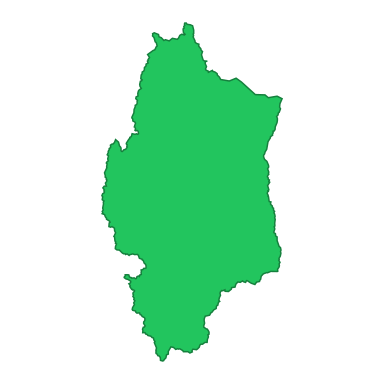 Calingasta, San Juan, Argentina (orthographic projection)
{"feature_id": "61730980B6490927359782", "entity_name": "Calingasta", "entity_type": "district", "adm_level": 2, "iso_a3": "ARG", "parent_name": "Argentina", "parent_adm1": "San Juan", "projection": "orthographic", "projection_center": [-70.115, -31.449], "detail": "fine", "context": "isolated", "style": "filled", "palette": "green", "viewbox_px": 384, "rotation_deg": 0, "n_neighbors": 0, "source": "geoboundaries", "source_scale": "gbopen_adm2", "svg_char_len": 6016}
<svg xmlns="http://www.w3.org/2000/svg" viewBox="0 0 384 384"><path d="M186.2,23.0L184.7,23.1L184.4,24.2L184.8,25.3L183.8,26.4L184.1,27.7L184.0,28.3L183.3,28.5L183.1,29.6L183.5,32.8L185.1,34.3L184.3,35.0L181.8,34.2L179.8,35.4L178.5,38.1L177.3,39.3L172.4,38.3L169.2,40.9L165.4,39.7L163.9,40.5L161.3,37.7L159.0,36.8L158.5,34.5L154.2,32.8L152.6,33.7L152.8,34.6L152.5,35.9L154.0,37.5L155.2,41.8L156.2,42.5L157.2,46.0L156.4,46.5L154.8,49.8L153.1,50.5L147.6,54.5L149.5,57.5L148.0,59.6L148.2,60.5L147.4,61.1L148.1,63.0L146.1,64.1L146.0,65.9L144.4,67.6L144.3,69.9L143.7,71.1L142.2,72.0L142.1,73.7L141.2,75.0L140.8,78.8L142.1,79.8L141.6,80.8L140.4,81.2L139.7,84.4L140.0,86.3L141.3,88.5L139.3,89.8L138.4,91.0L137.8,93.4L138.0,96.0L136.1,96.9L135.8,98.7L137.5,100.4L137.1,101.4L137.2,103.2L136.6,104.6L135.2,105.3L135.2,106.9L134.1,109.4L133.9,112.8L131.9,117.2L131.9,118.0L132.7,118.9L132.9,121.0L134.8,122.0L135.5,123.2L134.3,126.9L134.9,127.1L135.5,128.7L135.0,130.4L136.0,130.9L136.7,130.4L137.5,130.6L138.3,131.7L138.5,133.7L137.7,134.3L136.6,133.8L135.0,134.3L132.1,133.7L131.3,136.6L129.8,137.4L129.8,138.4L128.9,139.1L126.3,143.3L126.4,144.1L127.2,144.8L126.8,146.4L127.3,147.0L125.6,149.4L124.0,149.7L122.3,151.5L121.5,151.4L120.9,150.2L121.1,149.0L120.8,147.4L119.5,145.9L118.5,142.1L115.6,139.6L114.5,142.4L113.2,143.9L111.7,144.2L110.4,145.2L110.7,147.1L110.2,147.9L109.2,148.5L109.2,149.7L108.2,151.3L108.3,152.5L107.2,154.8L108.5,155.8L107.7,158.9L108.3,160.9L107.1,161.7L106.3,163.0L107.1,163.8L106.6,167.0L106.9,167.6L104.5,172.8L105.4,176.1L105.1,177.0L106.3,178.0L106.3,179.6L106.9,179.9L106.6,181.5L105.4,183.1L106.4,186.1L104.2,186.2L102.9,187.9L104.4,190.0L103.9,190.9L104.4,192.0L104.1,192.8L102.6,193.8L101.9,195.7L102.7,196.8L102.2,199.7L104.0,201.0L103.3,202.1L103.5,203.9L102.7,208.1L103.2,210.1L102.2,211.4L102.9,213.0L102.2,213.7L104.6,214.6L105.3,216.7L106.5,218.3L106.5,219.2L109.6,221.2L110.0,222.3L109.2,222.9L108.9,226.6L110.7,227.2L112.0,226.6L114.4,228.1L114.6,230.7L115.6,232.8L113.9,236.5L114.5,236.8L115.0,241.1L115.8,241.9L115.4,243.2L116.5,243.9L115.5,246.5L115.3,248.7L116.9,249.9L119.4,250.1L122.3,253.0L123.7,253.8L125.3,253.8L125.6,254.5L127.1,253.9L129.1,255.4L129.6,254.8L132.8,253.9L134.6,254.6L137.4,254.4L138.3,255.3L139.4,258.3L142.2,259.3L142.2,259.9L143.2,260.4L144.3,263.3L145.4,264.1L146.0,265.4L146.1,267.9L145.1,268.4L143.9,268.3L142.8,269.6L141.1,270.0L141.4,271.4L141.1,272.3L141.3,274.5L139.8,275.0L139.4,276.5L138.5,276.0L137.0,276.6L136.3,278.5L135.4,278.7L134.3,277.9L131.5,278.1L131.3,277.6L129.5,277.1L128.8,274.9L127.1,274.7L125.2,274.8L125.3,275.9L124.4,276.7L124.2,277.6L125.9,278.9L127.9,279.4L130.7,281.2L130.7,282.2L130.1,283.2L128.9,283.7L130.3,285.8L129.9,286.7L131.7,289.4L132.2,289.3L132.7,290.0L133.4,289.9L134.5,290.6L134.4,291.4L133.2,292.5L132.9,294.0L133.5,294.9L132.9,296.5L134.1,297.9L133.8,299.6L134.9,300.8L133.7,302.9L134.4,304.5L132.6,307.6L132.2,309.4L132.7,310.3L135.5,311.0L135.9,312.3L136.9,313.1L139.6,312.9L140.1,314.6L141.2,314.9L142.2,316.5L144.4,317.6L145.0,318.8L144.7,320.7L143.7,321.9L143.6,323.4L145.1,325.9L144.4,327.1L143.3,327.2L142.5,329.2L142.9,330.5L142.7,332.7L145.0,332.6L145.6,334.0L147.2,334.5L147.9,335.5L150.9,336.2L152.0,337.5L153.4,337.9L153.9,340.0L155.0,341.6L154.3,342.6L156.5,347.9L155.9,350.4L156.3,351.0L155.9,351.9L156.1,353.5L157.0,354.0L157.9,355.7L159.1,355.9L160.3,357.5L160.5,360.4L162.7,361.0L163.7,360.6L164.1,359.7L165.9,357.9L166.5,354.8L168.3,354.1L168.3,351.4L170.9,346.9L173.5,347.4L175.7,349.4L177.7,348.7L178.4,349.1L179.8,348.8L182.8,350.6L183.4,351.7L188.0,351.7L189.9,353.0L192.3,351.9L191.9,350.9L192.9,349.2L196.5,349.7L197.6,348.9L199.3,347.1L199.8,345.2L200.9,344.2L202.6,344.2L204.9,342.4L207.1,342.4L207.4,339.4L208.4,336.9L207.9,334.8L208.9,334.4L209.1,332.9L208.8,331.5L207.3,329.1L206.5,329.0L203.8,327.2L203.8,325.6L204.6,323.2L204.1,320.2L204.3,318.6L205.2,316.2L209.6,315.2L210.9,312.8L211.9,312.3L213.8,309.8L216.2,308.5L216.3,306.9L216.9,305.5L217.8,305.2L218.4,302.3L219.7,301.4L218.8,300.2L219.4,297.6L220.5,295.3L220.0,293.3L220.4,291.9L221.8,290.5L222.6,290.8L224.9,289.8L224.9,291.1L225.2,291.3L228.5,291.5L231.3,289.2L231.6,287.6L235.0,287.1L235.8,284.3L237.8,282.0L240.3,282.3L242.6,280.9L243.6,281.8L245.6,282.4L246.5,280.6L247.1,280.6L251.2,283.2L254.9,284.5L256.6,282.1L259.5,281.5L259.8,280.3L260.6,279.4L261.2,276.2L263.4,273.8L266.7,272.6L267.5,272.8L270.8,271.4L277.6,271.5L277.8,271.9L277.6,269.1L278.9,267.4L279.4,265.8L279.1,263.9L280.0,262.4L278.8,260.2L279.2,259.7L279.0,258.4L280.3,256.1L280.9,253.2L280.5,251.4L281.0,250.1L280.5,247.6L279.1,246.4L277.1,240.6L277.1,236.9L275.7,236.0L275.4,233.6L274.0,232.8L273.8,232.1L274.8,229.0L274.2,226.6L274.9,226.0L274.7,223.2L275.2,219.3L274.7,217.8L275.1,216.3L274.6,214.0L273.9,212.8L274.6,211.3L273.6,210.5L273.5,208.2L272.5,207.6L272.3,206.0L270.5,204.2L270.9,201.9L269.4,201.7L269.1,201.1L268.5,196.7L267.9,196.1L268.2,195.4L267.2,193.4L267.7,191.7L268.3,191.4L267.9,190.7L268.9,189.9L267.6,185.6L269.7,182.2L268.8,181.7L269.4,180.0L268.3,179.4L268.1,177.7L267.4,176.8L267.7,175.6L268.8,174.2L268.4,173.2L268.8,172.1L267.6,168.8L268.7,167.0L268.5,165.3L266.9,161.4L264.6,159.4L263.6,156.9L263.7,155.0L264.6,153.9L265.1,151.9L266.7,149.3L268.0,141.7L270.3,138.0L270.5,136.7L272.6,135.2L272.4,134.3L273.1,133.0L273.1,131.2L274.3,130.9L275.1,129.3L275.2,127.0L277.0,122.7L277.4,120.2L277.4,118.4L276.6,116.5L278.0,115.0L278.4,112.8L279.2,112.3L280.5,108.8L279.6,107.2L279.9,103.8L282.1,98.7L277.1,96.2L268.3,97.7L265.0,94.9L255.3,94.6L241.4,82.0L236.1,78.2L229.3,81.0L220.6,79.5L219.5,77.2L217.4,75.2L217.1,73.6L214.9,72.0L212.9,71.4L212.4,70.4L208.4,72.3L208.2,71.1L206.1,70.2L205.5,69.0L206.5,66.6L205.2,63.6L205.3,61.7L207.3,61.1L204.4,61.0L203.1,60.0L201.5,54.8L202.5,51.5L201.2,50.4L200.8,48.7L198.7,46.2L198.9,44.2L196.5,43.4L195.1,42.2L194.9,40.6L193.1,36.9L193.6,35.7L193.2,34.0L193.7,33.5L193.7,30.1L192.6,25.8L190.4,24.8L187.1,24.3L186.2,23.0Z" fill="#22c55e" stroke="#15803d" stroke-width="1.5"/></svg>